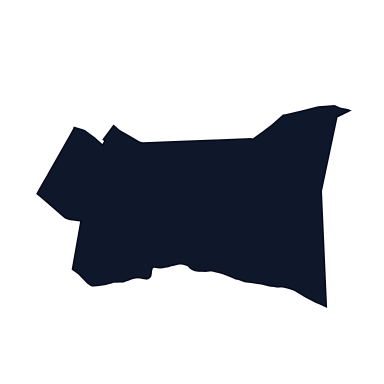 the district of Pocito, San Juan, Argentina, rotated 280°
{"feature_id": "61730980B55193733465089", "entity_name": "Pocito", "entity_type": "district", "adm_level": 2, "iso_a3": "ARG", "parent_name": "Argentina", "parent_adm1": "San Juan", "projection": "orthographic", "projection_center": [-68.624, -31.735], "detail": "fine", "context": "isolated", "style": "filled", "palette": "ink", "viewbox_px": 384, "rotation_deg": 280, "n_neighbors": 0, "source": "geoboundaries", "source_scale": "gbopen_adm2", "svg_char_len": 3866}
<svg xmlns="http://www.w3.org/2000/svg" viewBox="0 0 384 384"><g transform="rotate(280 192 192)"><path d="M283.4,268.5L282.5,267.8L279.1,265.1L273.4,260.6L272.4,259.8L271.1,258.7L265.9,253.8L263.4,251.6L261.9,250.0L261.0,249.2L258.5,246.7L254.7,243.1L254.5,240.2L251.7,227.3L247.6,208.7L246.1,201.5L238.6,166.7L235.6,153.0L232.0,136.5L231.8,135.6L231.7,134.8L231.7,134.3L231.7,133.6L231.8,133.0L231.9,131.5L235.7,121.4L236.3,119.7L238.8,112.6L240.0,109.5L240.3,108.9L240.6,108.4L243.8,103.3L240.2,101.5L238.3,100.6L235.2,99.0L228.3,95.5L227.3,97.6L225.4,96.8L222.5,95.8L224.9,92.0L226.3,89.7L228.2,86.7L228.3,86.6L231.4,80.2L233.3,76.5L233.7,75.6L233.9,74.8L234.0,74.1L234.3,71.8L234.4,70.9L235.1,64.8L234.0,64.7L232.9,64.4L230.4,63.6L230.2,63.5L226.1,62.1L207.9,55.6L203.1,53.9L187.7,48.4L182.7,46.7L176.8,44.5L168.2,41.4L163.4,39.8L161.7,42.9L160.0,45.8L152.0,59.2L146.4,68.5L144.5,71.8L144.1,74.1L143.8,76.2L144.0,80.5L144.3,87.7L95.1,87.7L93.9,90.4L91.7,94.9L91.5,95.2L90.6,96.3L85.3,103.6L84.7,104.5L84.1,105.4L82.7,108.4L82.4,109.4L82.4,110.1L82.4,110.7L83.3,114.1L84.3,117.6L84.5,118.0L85.9,122.4L86.7,124.2L87.7,126.1L88.0,126.9L88.3,127.7L89.4,129.7L89.9,130.7L89.9,131.1L90.2,132.2L90.2,132.7L90.4,133.5L90.6,134.7L90.9,135.8L91.2,137.2L91.3,137.8L91.3,138.2L91.5,139.6L91.8,140.1L92.1,140.6L92.4,141.1L92.8,141.7L93.0,142.2L93.3,142.7L93.8,143.6L94.1,144.3L94.5,144.9L94.8,145.3L95.0,145.7L95.4,146.3L95.5,146.6L95.9,147.0L96.1,147.5L96.3,147.8L96.6,148.4L96.8,149.0L97.0,149.4L97.0,149.5L97.3,149.9L97.5,150.6L97.9,151.8L98.0,152.2L98.1,152.6L98.3,153.2L98.3,153.8L98.4,154.2L98.5,154.9L98.5,155.4L98.6,155.8L98.6,156.2L98.6,156.8L98.5,157.4L98.5,157.8L98.5,158.3L98.4,158.7L98.5,159.3L98.5,160.0L98.6,161.1L98.6,161.7L98.5,162.3L98.8,163.0L99.2,163.6L99.4,164.0L99.8,164.4L100.2,164.8L100.6,165.1L101.1,165.4L101.6,165.7L102.4,165.8L102.9,165.9L103.4,165.9L104.3,165.9L104.7,165.9L105.3,165.8L106.0,165.7L106.7,165.7L107.3,165.7L107.9,165.7L108.3,165.7L108.8,165.8L109.4,165.9L109.9,165.9L110.5,166.2L111.0,166.6L111.4,167.3L111.6,167.8L111.7,168.7L111.6,169.5L111.7,170.9L111.7,172.0L111.8,173.2L112.1,174.5L112.2,174.9L112.3,175.5L112.5,176.0L112.6,176.4L113.2,177.7L113.6,178.9L113.7,179.3L114.0,180.2L114.2,180.7L114.3,181.1L114.6,181.7L115.2,182.8L115.7,183.6L116.0,184.3L116.4,185.3L116.5,185.8L116.7,186.4L117.0,187.0L117.2,187.3L117.4,187.9L117.7,188.4L117.8,188.7L118.0,189.1L118.2,189.6L118.5,190.4L118.7,190.8L119.0,191.6L119.5,193.9L119.5,196.5L119.2,198.4L119.2,199.0L119.1,199.3L119.1,199.5L119.1,200.1L118.9,200.8L118.6,201.1L118.2,201.8L118.0,202.1L117.2,203.0L116.8,203.5L116.7,203.9L116.3,204.7L116.0,205.4L115.9,205.9L115.4,207.7L115.3,208.2L115.3,209.2L115.2,210.2L115.3,211.4L115.3,211.9L115.4,212.9L115.5,213.6L115.7,214.4L115.8,215.0L115.9,216.0L116.1,216.4L116.1,217.0L116.2,218.4L116.3,218.9L116.5,219.7L116.8,220.5L116.9,221.1L117.0,221.4L117.3,222.3L117.7,223.7L117.8,224.3L117.9,224.8L117.9,225.3L117.9,226.0L117.8,227.8L117.7,229.2L117.6,230.6L117.6,232.2L117.4,233.7L117.4,234.4L117.2,235.6L117.1,237.1L116.9,237.7L116.0,242.5L114.8,247.7L114.1,250.5L114.2,252.2L114.1,253.6L113.7,255.5L113.3,257.8L113.1,259.1L113.0,259.6L113.1,261.7L113.4,266.5L113.5,271.9L113.7,276.3L113.4,280.3L113.2,283.1L113.1,286.0L113.4,288.7L113.4,291.3L113.4,292.7L114.0,295.0L114.4,297.0L114.4,298.3L114.4,300.1L114.2,302.7L114.0,304.9L113.3,309.3L113.2,310.0L111.2,315.1L108.4,322.4L104.9,333.5L104.4,336.3L104.3,336.7L102.3,344.2L215.3,319.1L289.8,321.6L291.9,321.7L291.9,322.8L299.6,333.3L299.9,331.9L300.0,331.2L300.1,325.9L300.1,323.8L300.1,323.5L300.1,323.3L300.2,323.2L300.3,322.7L300.8,320.7L301.4,318.3L301.4,318.2L301.6,317.5L301.6,317.3L301.5,316.9L301.3,315.9L299.7,309.8L297.6,301.5L293.5,292.4L291.8,288.7L286.0,275.2L283.9,270.3L283.8,270.0L283.8,269.6L283.4,268.5Z" fill="#0f172a" stroke="#020617" stroke-width="1.5"/></g></svg>